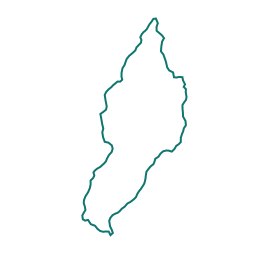 outline of Jesuânia, Minas Gerais, Brazil, rotated 346°
{"feature_id": "56859067B57455178393428", "entity_name": "Jesuânia", "entity_type": "district", "adm_level": 2, "iso_a3": "BRA", "parent_name": "Brazil", "parent_adm1": "Minas Gerais", "projection": "equal_earth", "projection_center": [-45.279, -22.008], "detail": "fine", "context": "isolated", "style": "outline", "palette": "teal", "viewbox_px": 256, "rotation_deg": 346, "n_neighbors": 0, "source": "geoboundaries", "source_scale": "gbopen_adm2", "svg_char_len": 1955}
<svg xmlns="http://www.w3.org/2000/svg" viewBox="0 0 256 256"><g transform="rotate(346 128 128)"><path d="M143.4,60.7L141.7,63.2L140.0,65.9L137.1,68.7L135.1,72.9L134.1,76.7L134.1,79.7L131.7,81.1L129.0,80.4L126.1,81.9L123.8,82.9L121.8,84.3L118.5,85.8L115.6,87.7L113.4,90.3L112.9,95.8L112.6,101.8L111.2,104.8L108.2,106.3L104.6,107.7L104.3,112.8L103.9,118.4L103.9,122.5L102.0,126.0L101.6,130.9L102.1,135.8L105.5,137.5L108.1,141.0L108.1,144.4L106.4,147.3L102.9,149.7L100.3,152.5L98.4,155.1L96.1,156.7L94.0,157.8L91.6,159.1L88.5,159.9L86.0,161.0L83.8,162.6L83.8,166.0L82.1,168.1L79.0,169.9L78.1,173.6L76.5,177.0L73.7,180.7L70.1,184.1L67.8,187.4L66.9,190.1L67.1,193.6L66.9,197.2L64.7,199.4L62.5,201.9L62.1,205.7L64.0,207.5L67.0,207.5L68.6,212.3L72.3,214.8L74.1,218.7L76.1,221.2L78.8,222.7L81.3,223.0L84.3,223.9L85.1,227.7L87.9,226.2L87.6,222.8L86.8,219.1L87.3,213.6L89.2,210.9L92.0,208.8L95.1,208.0L97.4,207.8L99.8,206.7L102.3,204.9L105.6,203.6L109.2,201.1L112.2,200.4L114.6,199.4L116.9,198.3L119.0,197.0L121.2,194.1L123.3,192.1L125.6,190.4L128.4,187.8L130.4,185.8L132.4,182.1L133.8,178.5L135.3,174.9L138.1,172.6L140.7,170.7L144.0,169.2L145.6,167.0L147.1,164.4L150.5,163.3L153.4,160.7L156.5,159.1L159.6,159.1L161.8,159.7L164.8,161.5L168.0,159.6L170.5,157.0L173.3,156.0L175.8,154.4L176.9,150.2L179.1,146.7L180.8,144.4L182.1,141.8L184.8,139.4L185.5,135.2L184.2,130.3L185.1,125.7L185.5,122.8L186.4,118.9L188.9,116.5L191.1,114.7L192.3,112.1L192.7,107.1L193.6,104.3L192.0,101.6L193.9,99.5L192.9,95.0L193.1,91.9L190.0,90.8L187.5,90.8L184.9,89.9L185.2,85.0L181.9,82.1L180.7,78.7L180.8,73.0L180.5,68.9L180.1,65.2L178.5,61.6L180.1,56.9L182.0,52.4L184.7,49.5L183.4,46.4L181.6,43.8L179.3,40.6L180.1,36.9L182.3,33.5L181.5,28.5L179.0,28.3L176.4,30.7L173.9,32.6L172.0,34.6L170.3,36.5L168.3,37.8L166.1,38.8L164.0,40.4L161.9,42.9L162.3,45.8L161.2,48.4L158.5,50.1L155.7,51.9L153.9,54.5L150.5,56.4L146.7,58.2L143.4,60.7Z" fill="none" stroke="#0f766e" stroke-width="2"/></g></svg>